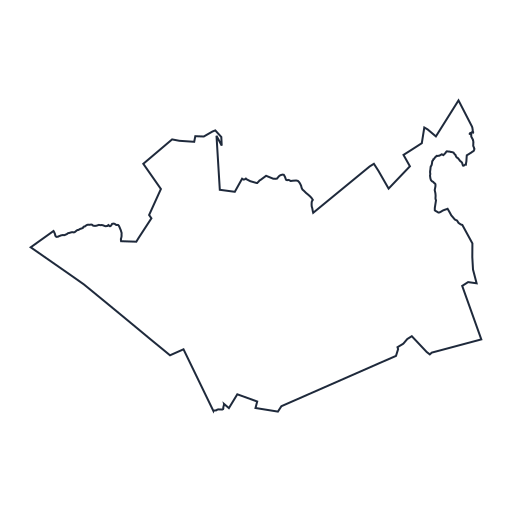 outline of San Luis del Cordero, Durango, Mexico
{"feature_id": "50627088B87094166069630", "entity_name": "San Luis del Cordero", "entity_type": "district", "adm_level": 2, "iso_a3": "MEX", "parent_name": "Mexico", "parent_adm1": "Durango", "projection": "natural_earth1", "projection_center": [-104.288, 25.388], "detail": "fine", "context": "isolated", "style": "outline", "palette": "slate", "viewbox_px": 512, "rotation_deg": 0, "n_neighbors": 0, "source": "geoboundaries", "source_scale": "gbopen_adm2", "svg_char_len": 5700}
<svg xmlns="http://www.w3.org/2000/svg" viewBox="0 0 512 512"><path d="M424.3,127.5L421.8,143.2L410.3,150.6L403.5,154.9L409.9,166.3L388.6,188.6L378.4,170.8L373.9,163.8L369.9,166.3L369.6,166.5L313.2,212.8L312.8,211.2L312.5,209.5L312.3,208.4L311.7,206.3L311.6,204.2L311.7,202.2L311.9,201.3L312.8,199.9L311.5,197.9L310.1,196.4L309.0,195.4L307.6,194.2L306.1,193.0L305.0,191.9L303.8,190.7L302.5,189.6L301.8,188.3L301.4,187.0L301.1,185.7L300.6,184.7L299.9,183.3L299.0,182.0L297.9,180.9L296.2,180.5L293.0,180.7L290.7,181.0L289.3,180.2L288.2,179.9L287.2,180.2L286.2,179.9L285.7,179.0L285.5,178.3L284.9,176.7L283.8,174.8L282.5,174.6L280.4,175.2L279.1,176.1L278.3,177.0L277.0,178.6L275.6,178.8L273.2,178.7L266.1,175.8L260.3,180.1L259.8,180.3L259.4,180.6L259.2,180.9L258.7,181.5L258.3,181.9L257.8,182.4L257.6,182.6L257.3,182.8L257.2,183.0L256.6,183.0L250.3,181.2L246.6,179.3L245.9,178.6L245.7,178.8L245.0,179.2L244.4,179.4L244.0,179.5L243.4,179.5L242.9,179.2L242.4,178.9L242.1,178.7L234.8,191.8L219.8,189.8L216.5,135.8L221.7,145.6L221.3,137.0L218.0,133.4L215.3,130.4L212.5,131.5L203.8,136.5L195.3,136.2L194.2,141.8L179.4,140.8L172.1,139.4L143.3,163.8L160.9,189.0L149.1,215.0L151.4,218.3L138.5,238.1L136.3,241.7L121.1,241.2L120.9,239.9L121.0,239.6L120.9,239.0L121.2,238.0L121.5,236.7L121.6,235.6L121.5,234.9L121.6,234.2L121.6,232.9L121.2,231.6L120.8,230.2L120.2,228.8L119.5,227.1L118.8,225.7L118.1,225.0L117.1,224.9L116.3,225.0L115.8,224.7L115.3,224.3L114.7,223.9L114.1,223.7L113.6,223.6L113.0,223.7L112.1,223.9L111.9,224.3L111.5,224.9L111.2,225.3L111.0,225.6L110.7,225.9L110.2,226.2L109.7,226.2L109.3,226.0L109.1,225.7L108.7,225.2L108.4,225.0L107.7,225.7L107.3,226.0L106.8,226.0L106.1,226.2L105.4,226.2L104.2,225.8L103.3,225.4L101.7,225.0L100.8,225.2L98.8,224.9L97.7,225.3L96.5,225.7L95.7,225.8L95.1,225.9L93.9,225.8L93.1,225.6L92.7,225.4L92.3,224.9L91.7,224.6L90.8,224.6L90.0,224.7L89.3,224.8L88.2,224.7L87.5,224.8L86.7,225.1L85.8,225.7L85.4,226.0L84.8,226.5L84.1,226.5L83.8,226.8L83.4,227.0L83.1,227.5L83.0,227.8L82.2,228.2L81.6,228.5L80.7,228.7L80.0,229.0L79.3,229.4L79.0,229.6L78.5,229.9L78.1,230.0L77.6,230.0L77.0,230.3L76.3,230.8L76.0,231.1L75.5,231.5L75.0,231.9L74.5,232.2L73.7,232.4L72.9,232.2L71.9,232.2L71.0,232.4L70.3,232.6L69.5,232.9L68.3,233.1L67.7,233.4L67.0,234.0L66.2,234.4L65.3,234.7L64.9,235.0L64.1,235.2L62.9,235.0L62.2,235.2L61.4,235.3L60.9,235.4L60.4,235.7L59.7,235.9L58.7,236.3L58.3,236.6L57.8,236.7L57.2,236.8L56.7,236.9L56.3,236.8L55.9,236.4L55.5,236.0L55.3,235.5L55.1,234.9L55.1,234.4L54.9,233.9L54.7,233.4L54.4,232.7L54.1,232.0L53.5,231.0L30.7,247.3L70.5,275.0L83.6,284.2L84.0,284.5L97.8,295.8L118.6,312.9L139.9,330.5L149.9,338.8L163.1,349.6L170.0,355.3L183.5,349.3L213.4,411.0L213.5,410.7L215.3,410.4L215.7,410.4L216.1,410.4L216.3,410.3L217.2,409.7L218.2,409.4L221.4,409.5L221.8,409.5L222.3,409.5L222.7,409.3L223.1,409.1L223.3,408.5L223.3,407.4L223.6,406.2L223.8,405.7L223.8,405.3L223.9,404.9L224.2,404.6L224.2,404.4L224.1,404.0L228.9,408.1L237.3,394.3L257.2,401.5L255.5,408.0L277.9,411.6L281.4,406.2L379.7,363.0L396.0,355.9L398.1,349.1L397.5,347.2L403.3,343.7L407.3,339.0L411.8,336.2L426.7,352.0L429.8,354.4L431.8,352.6L439.0,350.7L452.1,347.2L481.3,339.4L462.2,285.9L468.1,282.1L476.6,283.3L473.0,269.5L472.3,257.1L472.4,243.4L462.3,224.9L461.8,224.8L460.7,224.4L458.5,222.9L457.1,220.6L454.8,219.5L452.8,217.1L451.3,215.4L449.7,212.4L447.6,208.8L447.4,208.9L444.4,209.9L442.7,210.6L441.3,211.5L439.8,212.3L438.8,212.6L437.9,212.3L436.7,211.5L435.5,210.9L434.8,210.3L434.8,209.1L434.8,208.0L436.0,200.3L435.5,198.9L435.5,197.5L435.6,195.8L435.5,194.4L435.4,193.4L435.3,192.8L435.0,191.4L434.7,190.0L434.9,189.2L435.1,188.0L435.4,186.6L435.5,184.8L435.2,183.7L434.3,183.1L433.2,181.9L431.9,181.2L430.9,180.0L430.4,178.4L430.2,177.0L430.1,176.3L430.0,175.6L430.2,174.6L430.3,173.8L430.2,173.5L430.1,172.8L430.1,172.1L430.1,171.1L430.3,170.1L430.6,167.3L430.6,167.0L430.8,166.4L431.0,166.2L431.6,165.1L431.8,164.3L432.0,163.2L432.1,162.4L432.2,161.4L432.3,161.1L432.5,160.8L433.0,160.4L433.2,159.7L433.4,159.2L433.8,159.1L434.2,158.7L434.5,158.3L434.8,157.6L435.1,157.3L435.6,157.0L436.0,156.5L436.3,156.2L436.5,156.0L436.8,155.8L437.2,155.9L437.6,156.0L438.3,155.8L438.9,155.7L439.4,155.7L440.0,155.3L440.9,154.8L441.8,154.3L442.9,154.9L443.4,155.1L443.7,154.7L444.2,154.3L444.7,153.8L445.1,153.3L445.4,153.1L445.8,152.4L446.4,151.6L446.8,151.3L447.0,151.3L447.4,151.4L447.9,151.5L448.7,151.5L449.5,151.6L450.1,151.7L450.4,151.9L451.4,152.0L452.3,152.2L453.5,152.6L454.0,153.3L454.4,153.9L455.0,154.6L455.4,154.8L455.8,155.8L456.1,156.6L456.6,157.2L457.1,157.7L457.4,157.9L457.9,158.1L458.4,158.7L459.1,159.6L459.5,160.1L459.8,160.6L460.4,161.2L461.0,161.6L461.8,162.4L462.1,162.9L462.5,164.2L462.8,165.2L463.0,165.6L463.6,165.7L464.5,165.2L465.2,164.6L465.6,164.3L465.9,164.4L465.9,164.0L466.2,162.3L466.4,161.2L466.5,159.2L466.7,156.4L466.8,155.3L469.0,154.0L470.2,153.2L471.4,152.5L472.1,151.9L473.3,151.2L473.6,151.0L474.2,149.8L474.3,149.3L474.3,149.0L474.2,148.8L474.3,148.6L474.1,148.3L474.0,147.6L473.8,147.2L473.4,146.4L473.3,146.0L473.2,145.2L473.3,144.4L473.3,143.7L473.3,142.9L473.4,142.5L473.3,142.1L473.3,141.8L473.3,141.4L473.2,140.8L473.0,140.5L473.0,139.9L472.8,139.6L472.7,139.2L472.2,138.5L472.1,138.1L471.8,137.6L471.5,137.1L471.2,136.2L471.2,135.9L471.3,134.9L471.2,134.3L471.0,134.2L470.1,134.1L469.7,133.9L469.7,133.7L469.9,133.3L470.2,133.1L470.6,132.9L471.0,132.9L471.3,132.9L471.3,133.1L471.5,132.9L471.9,132.2L472.2,132.0L472.6,132.3L473.0,132.6L473.2,132.2L473.0,131.7L472.7,130.7L472.7,130.4L472.7,129.8L472.6,129.3L472.5,128.7L472.4,127.9L472.0,126.6L458.5,100.4L435.9,136.4L427.6,129.4L424.3,127.5Z" fill="none" stroke="#1e293b" stroke-width="2"/></svg>